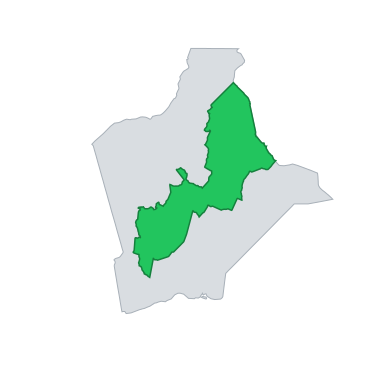 Kenya, with Eastern highlighted, rotated 45°
{"feature_id": "KEN-889", "entity_name": "Eastern", "entity_type": "National Capital Area", "adm_level": 1, "iso_a3": "KEN", "parent_name": "Kenya", "parent_adm1": "", "projection": "albers", "projection_center": [37.864, 0.691], "detail": "fine", "context": "in_parent", "style": "filled", "palette": "green", "viewbox_px": 384, "rotation_deg": 45, "n_neighbors": 0, "source": "natural_earth", "source_scale": "10m", "svg_char_len": 8662}
<svg xmlns="http://www.w3.org/2000/svg" viewBox="0 0 384 384"><g transform="rotate(45 192 192)"><path d="M87.4,229.1L87.3,224.6L88.0,213.2L87.9,203.1L88.5,198.1L91.0,194.9L92.1,192.6L93.0,189.4L94.3,186.7L97.2,184.6L97.7,183.4L100.8,179.8L102.7,175.2L104.1,173.7L105.9,172.2L107.1,171.5L109.2,170.7L110.8,170.3L111.1,169.9L111.2,169.2L110.7,166.3L111.3,165.4L112.4,163.5L113.7,161.7L114.8,160.5L115.4,159.4L115.7,157.4L115.8,155.9L115.8,153.6L115.4,148.3L114.1,143.9L113.3,138.9L113.9,137.3L112.9,134.4L112.4,134.2L111.6,133.6L110.5,130.8L109.7,128.3L109.2,127.7L105.7,125.5L104.0,120.4L102.0,119.2L100.9,114.1L100.7,112.6L101.9,107.5L101.8,106.3L100.6,105.3L97.3,104.1L94.6,102.0L95.0,101.3L95.2,100.5L93.8,100.0L89.7,91.3L95.0,86.0L100.3,80.7L107.2,74.0L113.4,67.8L118.8,62.5L123.6,57.8L123.5,58.7L123.5,59.9L124.1,60.6L125.1,61.1L126.5,60.6L127.7,59.9L128.9,59.7L136.1,61.7L137.3,63.4L137.2,65.3L137.5,66.7L137.0,68.0L136.4,72.1L136.5,75.9L138.7,78.6L140.6,80.8L142.2,83.9L143.3,84.8L144.9,85.3L149.8,85.5L157.2,85.7L164.3,85.9L164.9,85.9L166.4,86.4L172.9,90.5L178.9,94.3L183.9,97.6L188.8,100.8L193.6,103.9L197.3,106.5L200.9,107.3L206.9,107.7L211.0,107.8L214.8,108.9L220.4,109.9L224.6,110.4L227.1,111.0L234.2,111.6L235.3,111.2L238.5,108.4L241.9,103.7L243.3,101.1L247.8,98.6L255.7,95.0L261.2,92.5L267.4,89.9L270.2,92.1L274.1,95.6L275.9,97.3L277.3,98.1L279.4,98.6L281.9,98.6L283.3,98.5L286.2,98.1L292.9,97.6L296.7,97.6L293.5,102.3L289.7,107.9L282.6,118.2L277.2,123.6L273.1,127.7L272.7,128.4L272.8,133.0L272.8,144.1L273.0,166.4L273.1,188.6L273.3,210.9L273.3,222.0L273.4,225.7L277.0,230.4L280.5,234.9L285.2,240.9L287.7,244.1L288.1,245.2L288.0,247.4L284.2,251.9L281.0,254.0L276.8,255.0L275.6,254.8L273.9,254.1L273.2,255.2L272.8,256.9L271.8,256.6L271.1,256.1L271.5,259.1L272.0,260.6L271.4,262.6L269.3,264.3L269.1,265.8L264.7,269.7L258.4,270.1L255.1,272.0L253.6,273.6L252.5,277.0L252.9,282.3L251.1,286.4L250.8,288.4L247.5,291.0L246.1,293.4L245.0,295.9L244.1,297.0L243.0,302.4L241.5,305.8L241.1,306.9L240.7,307.9L239.5,309.8L238.8,311.2L238.2,312.1L234.4,320.6L231.4,324.5L229.0,324.0L227.5,325.5L227.3,326.2L226.5,325.8L224.5,324.4L220.4,321.5L216.4,318.6L212.3,315.7L208.3,312.9L204.2,310.0L200.2,307.1L196.1,304.2L192.1,301.3L189.7,299.6L188.7,298.6L187.9,296.6L187.5,296.1L186.4,295.4L185.1,295.3L184.7,294.9L184.8,293.9L185.2,292.6L186.7,289.9L186.9,288.3L186.6,286.5L186.1,283.7L185.7,283.0L183.0,281.6L177.4,278.4L171.8,275.3L166.2,272.2L160.6,269.0L155.0,265.9L149.3,262.8L143.7,259.6L138.1,256.5L132.5,253.3L126.9,250.2L121.3,247.0L115.7,243.9L110.1,240.7L104.5,237.6L98.9,234.4L93.3,231.3L91.2,230.1L89.4,229.1L87.4,229.1ZM273.9,259.6L272.9,259.9L273.4,258.3L276.3,256.4L277.5,256.8L277.7,257.3L277.6,257.7L277.1,258.1L273.9,259.6Z" fill="#d9dde1" stroke="#a8b0b8" stroke-width="1"/><path d="M148.9,85.3L149.6,85.6L150.0,85.7L158.9,85.5L159.8,85.9L164.8,85.8L166.4,86.3L168.2,87.2L169.3,87.4L169.5,87.6L170.0,88.3L170.1,88.5L170.7,88.4L170.9,88.5L171.0,88.7L171.4,89.7L171.8,89.8L194.4,104.5L194.9,105.0L195.6,106.0L196.0,106.5L196.3,106.7L197.1,106.9L197.7,107.5L198.0,107.5L198.9,107.3L199.7,107.3L205.3,107.9L206.7,107.8L208.1,107.2L208.1,106.6L208.4,106.5L209.0,106.9L209.2,107.2L209.4,107.5L210.1,107.7L210.6,107.5L210.8,107.8L212.3,107.9L212.4,107.2L213.1,108.2L213.5,108.6L214.0,108.8L218.5,110.1L219.2,110.1L220.3,109.9L220.7,109.9L221.1,110.1L221.5,110.1L223.0,109.7L226.0,111.0L227.0,111.3L228.0,111.2L229.0,110.6L229.4,115.9L229.6,116.9L229.8,118.4L229.8,121.8L229.7,122.5L229.1,123.0L228.5,123.8L228.2,123.9L226.7,124.4L225.9,125.2L224.9,125.5L224.4,125.8L224.1,126.2L224.0,127.3L223.8,127.5L220.5,134.9L220.0,135.7L218.6,136.2L218.3,136.3L218.1,136.9L218.7,138.2L219.1,139.8L219.2,141.3L219.8,144.4L219.8,146.5L220.1,147.0L220.2,147.4L220.7,147.8L220.8,148.1L221.2,149.2L222.0,150.7L223.1,152.4L224.1,153.2L224.6,153.6L225.1,154.7L225.6,155.3L225.9,155.8L226.1,157.0L226.3,157.3L226.8,157.7L228.0,158.2L228.6,158.8L230.2,159.7L230.6,160.1L231.0,160.8L231.6,161.4L232.1,161.7L232.5,162.1L233.1,162.4L233.1,162.5L229.0,164.2L228.6,164.5L228.6,164.8L233.0,176.5L233.0,176.9L232.5,177.2L229.4,178.4L228.4,180.1L228.0,180.5L227.2,181.2L226.8,181.6L226.1,182.7L225.8,183.2L225.6,183.8L225.5,184.1L216.7,187.4L216.4,187.6L216.0,188.5L215.4,189.2L215.2,189.3L213.4,189.5L212.7,190.0L212.6,190.5L213.1,190.9L213.2,191.0L214.7,197.2L214.8,198.2L214.4,199.1L214.7,204.6L213.7,204.2L213.6,203.9L213.1,204.1L212.7,204.0L212.3,203.9L211.7,204.0L210.1,203.5L209.4,203.5L208.1,204.5L207.3,204.8L206.7,204.6L206.0,204.6L206.0,205.0L218.0,225.7L221.1,232.5L221.3,233.1L221.4,247.3L221.2,247.7L220.4,248.6L220.3,249.0L221.0,253.4L221.0,254.2L220.8,254.7L216.0,264.3L215.7,264.7L215.0,264.9L214.6,265.1L214.0,265.9L213.5,266.3L212.9,266.4L211.7,266.2L211.6,266.3L222.5,282.3L222.1,282.4L221.7,282.2L220.8,282.7L220.5,282.7L220.1,282.6L219.4,282.7L218.6,282.6L218.3,282.7L217.7,283.2L217.0,283.3L216.6,283.5L216.1,283.6L216.1,283.2L215.9,283.0L214.7,282.9L213.6,282.5L212.4,282.6L211.8,282.3L211.1,282.0L210.6,281.5L209.3,280.9L208.7,280.8L208.3,281.1L207.9,281.1L207.3,281.2L206.8,281.5L205.9,280.6L204.6,280.0L204.3,279.8L203.5,278.1L202.4,276.4L201.8,275.9L200.4,275.3L199.6,274.7L199.0,273.9L198.6,273.7L198.3,273.9L198.1,274.1L197.4,274.6L194.2,276.1L193.6,276.3L192.9,276.1L192.6,274.7L192.3,274.1L184.4,264.9L184.4,264.4L184.6,264.1L185.1,263.7L185.8,263.5L186.0,263.3L186.2,263.0L186.5,261.4L186.9,261.0L187.7,260.8L187.7,260.7L186.5,259.9L186.1,259.8L185.1,259.9L184.4,259.6L182.7,258.3L181.9,258.0L180.1,256.8L178.6,256.0L177.9,255.8L176.6,255.6L175.5,254.4L174.9,254.0L174.0,253.6L173.7,253.4L173.5,253.1L173.2,252.5L172.7,251.3L172.7,250.7L172.9,249.8L172.5,249.2L168.7,244.6L168.0,243.5L167.8,242.7L168.2,241.4L168.1,241.2L167.2,240.9L166.9,240.9L166.6,241.0L165.6,241.4L165.3,241.4L165.2,241.2L165.3,240.1L166.1,240.2L166.3,240.1L166.7,239.6L166.8,239.4L166.4,238.9L166.4,238.7L167.6,237.8L167.8,237.4L167.9,237.0L168.0,236.9L170.2,237.2L170.5,237.2L172.6,235.1L173.1,234.0L173.4,233.1L173.3,232.2L173.7,231.6L174.3,231.3L175.0,231.3L176.1,231.0L176.4,231.0L177.3,231.6L177.6,231.3L178.3,230.2L178.3,229.7L178.6,228.7L178.5,228.4L178.4,228.2L177.5,228.6L177.0,228.6L176.6,227.9L176.3,226.8L176.1,226.6L175.2,225.8L175.1,225.3L175.4,223.4L175.5,223.0L175.9,222.8L176.2,222.9L177.4,223.8L177.7,223.9L177.9,223.8L181.4,222.5L181.7,222.4L181.5,221.9L181.3,221.2L181.3,218.4L181.1,218.0L180.3,217.0L180.2,216.8L180.2,214.5L180.1,214.1L177.3,207.3L177.1,207.1L171.7,203.0L171.1,202.3L171.8,201.9L174.4,201.1L175.3,200.4L178.2,197.4L178.3,197.1L178.4,195.9L179.1,194.9L179.2,194.0L179.2,193.6L178.8,192.9L178.2,192.0L178.0,191.5L178.0,189.3L177.8,189.0L177.5,188.9L165.6,187.4L165.3,187.3L165.2,187.2L165.2,186.8L165.7,186.4L166.2,185.8L166.3,185.2L166.7,184.8L166.7,184.5L166.7,183.5L166.8,183.0L167.0,182.8L167.8,182.9L169.7,182.5L170.3,182.3L170.9,182.0L171.3,181.9L171.7,182.0L172.5,182.4L173.0,182.4L173.3,182.8L173.7,183.0L174.3,183.0L174.5,182.9L174.9,182.6L175.3,182.5L176.5,183.5L177.3,184.7L177.9,185.7L178.1,186.5L178.8,187.2L179.5,187.4L181.1,187.0L181.4,187.0L182.3,187.5L182.6,187.5L183.3,187.4L183.7,187.6L183.8,187.6L184.1,187.2L184.8,186.9L185.7,186.1L186.5,185.6L187.0,185.1L187.5,185.2L187.8,185.2L188.6,184.8L189.5,184.8L190.3,184.6L190.7,184.4L191.1,183.7L191.8,183.3L192.1,183.3L192.5,183.5L192.8,183.5L193.8,182.9L195.1,181.7L195.4,181.7L196.5,182.0L196.0,172.9L195.9,172.4L195.6,172.0L194.0,170.2L193.7,169.7L193.5,169.3L193.3,165.7L193.1,165.3L192.8,164.9L191.1,163.3L190.9,163.2L190.4,163.5L189.8,163.9L189.5,164.0L188.9,163.9L188.7,164.0L187.7,164.5L187.2,164.6L186.6,164.5L185.8,165.0L184.8,165.1L184.0,165.4L183.6,165.4L183.3,165.3L183.2,165.1L181.4,160.9L180.9,160.3L179.8,159.4L179.0,158.4L178.7,156.3L178.6,156.1L177.3,155.4L176.8,154.9L176.3,153.7L175.7,152.5L175.2,151.9L174.1,151.1L173.7,150.4L173.4,150.0L172.5,149.6L169.9,149.4L168.0,149.5L167.7,149.5L167.8,148.6L167.5,147.8L166.4,144.7L166.0,144.1L164.5,142.7L164.3,142.4L162.0,136.0L161.8,135.8L161.5,135.7L161.2,135.7L160.9,135.8L161.2,136.6L161.0,137.2L160.7,137.7L159.3,139.2L158.9,139.4L158.2,139.3L157.9,139.3L157.6,139.3L157.3,139.6L156.6,138.9L156.4,137.8L156.4,136.6L156.2,135.5L155.6,134.4L155.1,133.9L154.3,133.4L154.1,132.8L154.1,130.8L153.6,129.9L153.4,129.1L153.1,128.6L152.6,127.7L152.0,127.2L150.6,126.2L149.5,125.2L149.4,125.1L149.2,124.3L149.1,124.1L148.9,124.1L148.5,124.5L148.2,124.6L147.6,124.2L147.4,124.1L146.4,124.1L146.0,123.9L145.8,123.4L146.5,120.5L146.5,120.2L146.2,119.1L146.5,118.0L146.4,117.8L145.5,117.9L144.6,117.5L144.1,117.2L143.9,116.5L143.9,85.5L147.7,85.5L148.9,85.3Z" fill="#22c55e" stroke="#15803d" stroke-width="1.5"/></g></svg>